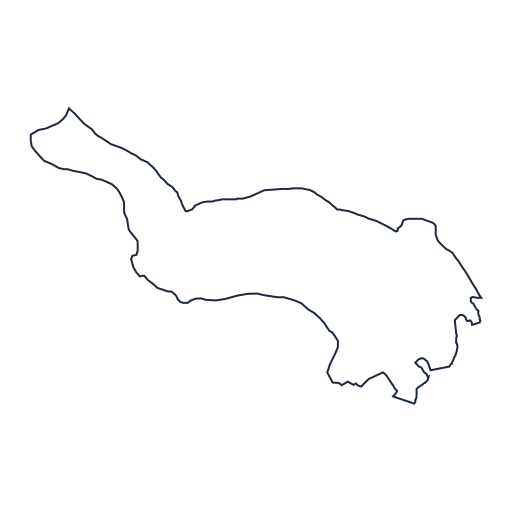 the district of Abnub, Asyut, Egypt
{"feature_id": "37247803B63981628133809", "entity_name": "Abnub", "entity_type": "district", "adm_level": 2, "iso_a3": "EGY", "parent_name": "Egypt", "parent_adm1": "Asyut", "projection": "natural_earth1", "projection_center": [31.107, 27.295], "detail": "fine", "context": "isolated", "style": "outline", "palette": "slate", "viewbox_px": 512, "rotation_deg": 0, "n_neighbors": 0, "source": "geoboundaries", "source_scale": "gbopen_adm2", "svg_char_len": 4123}
<svg xmlns="http://www.w3.org/2000/svg" viewBox="0 0 512 512"><path d="M481.3,297.8L479.1,294.8L476.3,289.5L471.5,282.0L469.5,278.3L468.1,276.0L465.3,271.5L461.2,265.5L458.4,261.0L456.4,258.7L454.3,255.7L452.3,252.7L448.8,250.4L446.0,248.9L441.2,244.4L437.8,240.6L435.7,234.6L435.7,230.1L435.7,225.6L433.7,223.4L432.3,222.6L426.1,220.4L421.9,218.8L419.2,218.8L415.0,218.8L411.6,218.8L408.8,218.8L405.4,219.5L403.3,220.2L401.9,224.7L399.8,227.0L397.7,228.5L397.7,230.7L396.3,231.5L395.5,231.1L394.3,230.7L392.2,229.2L385.3,225.4L376.3,220.9L368.7,218.6L363.9,216.3L358.4,214.8L352.8,212.5L348.0,211.0L342.5,210.2L339.7,209.5L337.0,209.5L336.2,208.6L334.9,207.2L332.8,205.7L328.7,201.9L325.9,200.4L321.1,196.7L316.9,194.4L314.2,192.1L309.4,189.9L305.2,189.1L301.8,188.3L296.9,188.3L293.5,188.3L287.9,189.0L283.0,188.9L282.4,188.9L264.0,190.3L254.9,194.5L250.3,196.6L242.4,198.7L240.8,198.7L238.2,198.6L237.5,198.6L236.8,198.9L236.1,199.3L233.7,199.3L229.8,199.3L225.0,199.3L222.2,199.3L221.4,199.5L219.5,200.0L214.6,200.7L212.6,201.5L210.5,201.5L207.7,201.5L202.9,202.2L200.8,202.9L194.6,205.9L194.6,206.7L191.8,209.7L191.1,209.7L188.8,210.6L187.7,211.1L185.6,211.1L182.8,205.9L180.8,200.6L178.0,195.4L177.3,192.4L175.3,190.9L172.5,187.1L167.7,184.1L162.8,178.8L161.4,178.1L158.0,173.6L156.6,171.3L152.5,166.8L149.0,163.8L147.7,162.3L140.7,159.3L135.9,155.5L131.1,153.2L126.2,150.2L121.4,147.9L117.3,146.4L111.0,144.2L107.6,141.9L100.7,137.4L97.9,135.9L95.2,133.6L91.7,129.1L88.3,126.8L86.2,125.3L84.4,123.8L82.7,122.3L77.9,117.1L74.4,113.3L68.9,108.4L66.1,115.4L63.0,119.1L58.0,123.3L52.0,125.8L46.0,128.5L38.8,129.9L30.9,134.5L30.7,137.3L30.7,138.5L30.7,139.1L30.8,141.5L31.8,146.4L34.8,150.5L40.4,156.9L44.1,160.8L50.6,163.5L54.1,165.3L58.7,168.0L64.0,169.2L67.4,169.2L69.3,169.7L73.2,170.9L76.3,171.4L85.7,173.3L92.5,176.5L96.4,178.8L101.5,179.6L112.0,184.3L117.1,188.9L119.8,193.0L122.0,197.4L124.0,202.0L124.1,205.9L124.1,208.7L124.2,212.7L127.2,219.4L128.0,225.4L128.8,229.5L130.5,232.1L135.1,237.7L137.6,241.1L137.7,246.5L137.7,250.7L136.4,254.9L132.5,255.7L131.1,259.1L133.3,266.9L134.4,269.0L136.2,272.2L139.9,276.4L143.2,275.7L144.5,276.0L147.4,279.6L153.5,284.3L157.4,287.9L162.2,289.5L167.7,291.4L171.6,291.6L173.7,293.3L176.1,295.7L178.0,299.7L180.6,302.1L183.7,302.9L187.7,302.9L190.5,300.6L194.4,299.1L197.0,298.5L199.3,298.5L201.2,298.4L205.6,299.8L211.6,300.2L216.1,300.4L225.4,298.9L237.4,295.6L247.8,293.8L257.1,293.6L264.0,295.2L278.0,297.3L283.6,297.2L293.6,300.1L297.9,301.8L301.4,303.3L308.4,309.6L314.1,312.9L314.2,313.0L314.4,313.1L320.1,318.4L324.5,323.4L327.4,328.0L329.6,331.0L330.5,331.5L332.1,332.3L335.0,336.3L337.9,340.9L337.9,347.0L335.2,353.7L329.8,364.6L327.3,372.4L327.3,372.6L327.9,373.7L328.2,374.3L328.7,375.2L329.0,375.7L332.7,382.6L337.8,382.9L338.8,383.0L340.5,384.3L341.1,384.7L341.7,385.2L343.0,384.4L345.5,383.0L347.8,381.7L353.7,384.9L355.7,383.4L357.9,385.4L360.2,386.2L361.2,386.5L367.7,380.0L368.7,379.0L382.9,372.4L384.8,373.8L386.8,376.1L392.3,384.4L393.0,385.1L394.8,388.5L395.8,389.6L397.2,391.0L395.4,393.9L393.1,396.4L393.7,396.7L414.2,403.6L415.0,402.3L415.4,401.7L415.5,401.1L415.2,400.2L416.3,398.0L416.6,394.8L416.6,389.0L418.0,387.5L421.5,385.2L424.3,383.0L424.9,383.0L427.7,380.0L428.7,376.5L427.7,377.0L427.0,374.8L425.7,373.3L424.3,372.5L422.9,370.2L422.2,368.7L420.8,367.2L418.8,366.5L416.7,364.2L415.3,362.7L416.0,362.0L417.4,360.5L418.1,359.7L419.5,359.0L421.6,358.2L422.9,358.3L424.3,359.0L427.1,361.3L428.5,364.3L429.1,366.5L429.8,368.0L430.5,370.3L437.6,368.9L449.2,366.6L451.3,363.6L451.9,363.6L451.9,362.9L454.0,358.4L454.0,357.7L455.4,355.4L456.8,350.9L457.5,346.4L456.8,343.4L456.1,342.7L456.2,338.2L456.9,335.9L456.2,333.7L454.8,320.2L456.2,318.7L459.0,315.7L459.7,315.0L462.4,315.0L463.8,315.7L465.9,318.0L465.9,319.5L467.3,321.0L468.6,321.0L470.0,320.3L470.7,321.0L471.4,321.8L472.1,324.0L472.1,324.8L477.1,323.3L479.7,322.5L480.4,320.3L479.7,319.5L479.7,317.3L478.3,314.3L478.3,310.5L477.0,309.8L476.3,309.0L473.5,303.8L472.1,303.0L470.8,301.5L470.8,297.8L472.9,297.0L477.0,297.8L481.3,297.8Z" fill="none" stroke="#1e293b" stroke-width="2"/></svg>